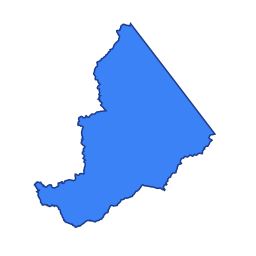 Água Azul do Norte, Pará, Brazil, rotated 276°
{"feature_id": "56859067B16314817871005", "entity_name": "Água Azul do Norte", "entity_type": "district", "adm_level": 2, "iso_a3": "BRA", "parent_name": "Brazil", "parent_adm1": "Pará", "projection": "robinson", "projection_center": [-50.563, -6.762], "detail": "fine", "context": "isolated", "style": "filled", "palette": "blue", "viewbox_px": 256, "rotation_deg": 276, "n_neighbors": 0, "source": "geoboundaries", "source_scale": "gbopen_adm2", "svg_char_len": 5589}
<svg xmlns="http://www.w3.org/2000/svg" viewBox="0 0 256 256"><g transform="rotate(276 128 128)"><path d="M114.1,84.0L113.1,83.4L111.9,84.4L111.2,83.0L109.9,83.7L109.0,83.0L108.2,83.0L107.1,83.9L105.0,87.1L104.3,87.0L102.7,85.8L100.9,85.9L100.1,86.5L99.3,85.3L98.2,85.2L97.6,85.4L96.4,87.3L95.6,87.8L94.2,87.0L93.0,86.5L92.1,88.5L91.6,89.0L91.2,88.0L89.6,87.7L89.2,88.5L88.7,89.0L86.3,89.3L85.4,89.2L84.2,88.8L82.4,88.8L81.3,88.4L80.5,88.8L77.9,88.9L77.7,87.8L77.9,86.2L77.5,84.9L76.6,84.4L75.8,83.7L75.7,82.9L76.0,82.2L76.6,81.5L76.5,80.3L74.2,80.6L72.3,81.2L71.4,81.0L70.8,80.6L70.1,79.8L69.9,79.1L70.2,78.1L70.4,75.5L70.2,74.2L69.8,73.8L69.6,72.9L68.7,70.9L68.3,70.4L67.2,70.2L66.2,69.9L66.1,68.5L66.9,68.4L67.7,68.0L67.5,67.5L66.6,66.6L66.1,64.8L65.7,64.3L64.9,64.7L64.4,64.5L63.8,64.6L63.2,65.0L60.7,61.4L60.7,59.4L61.2,58.7L62.0,58.1L63.2,57.8L63.4,57.1L63.2,55.8L62.8,55.0L62.3,54.3L60.8,53.2L60.7,52.4L60.8,51.8L61.1,51.3L61.1,50.5L61.3,49.9L62.0,50.3L63.1,48.3L64.9,46.8L64.4,45.9L64.5,45.1L64.8,44.8L64.6,43.9L64.8,43.3L64.3,42.6L63.7,42.5L62.5,41.3L61.7,40.9L61.4,41.8L60.9,41.7L60.5,42.0L60.2,42.5L59.5,42.8L58.9,43.4L58.2,43.7L57.9,44.3L57.0,44.7L57.2,45.6L56.9,46.5L56.4,46.2L55.2,43.9L53.9,45.6L52.9,45.8L52.2,45.4L50.2,46.2L49.6,47.0L48.9,47.1L47.8,48.2L45.9,48.9L45.3,48.7L43.5,50.1L43.1,50.9L42.5,50.9L42.5,51.6L42.9,51.8L42.9,52.3L43.2,52.9L43.0,53.6L43.2,55.6L42.3,55.8L42.3,57.3L41.8,57.6L41.7,58.5L42.8,60.3L43.6,60.7L42.9,61.5L42.7,62.3L43.1,62.7L42.5,63.3L43.1,63.7L43.4,64.6L43.1,65.0L42.9,65.6L42.5,65.8L41.6,67.2L41.1,67.5L40.4,67.3L39.8,67.8L39.7,68.8L39.0,69.3L37.3,69.5L36.8,69.9L35.7,70.1L35.2,70.9L34.7,71.2L32.5,72.2L32.1,72.8L31.0,73.2L30.3,73.9L29.5,73.8L29.1,74.9L28.3,75.1L28.1,75.9L27.7,76.3L27.5,78.1L27.1,78.8L26.8,80.4L26.3,81.8L26.6,82.4L26.1,83.0L25.4,83.3L24.9,85.5L23.9,85.8L23.9,86.6L24.4,87.6L24.7,88.2L25.4,88.6L25.6,89.2L25.2,89.6L25.8,91.0L27.5,92.3L27.7,92.8L29.2,94.5L30.4,95.4L30.6,95.9L31.1,96.2L31.8,97.4L31.8,98.3L32.2,100.2L31.7,100.2L31.8,100.9L31.7,101.7L31.9,102.5L31.2,104.4L31.4,105.6L32.2,105.9L32.8,108.2L33.2,108.8L34.1,109.5L34.4,110.8L35.1,111.6L35.8,111.8L37.1,112.9L37.9,112.9L39.9,113.7L40.1,114.3L41.2,114.9L41.6,115.5L41.5,116.0L41.7,116.5L42.2,116.9L42.7,116.9L43.3,117.1L43.9,116.7L45.1,117.4L47.6,118.2L49.0,118.9L49.3,119.5L49.4,120.9L48.9,121.4L49.1,122.7L49.9,125.4L50.6,125.6L51.2,125.5L52.1,126.8L52.9,127.0L53.8,128.2L55.7,128.5L56.2,130.2L56.9,131.6L57.4,131.8L57.8,132.1L58.2,133.3L58.0,133.9L59.0,136.5L59.6,137.5L60.1,137.7L60.1,138.7L60.4,139.4L61.6,140.0L62.2,139.9L62.6,140.8L65.8,142.5L65.9,143.1L66.2,143.6L66.7,144.3L67.5,144.7L68.0,145.4L70.5,146.9L71.0,146.9L72.0,147.7L72.7,147.9L73.0,148.5L72.9,149.2L72.5,149.7L72.3,150.4L72.3,152.7L72.1,156.0L71.8,157.4L72.0,158.1L71.7,160.5L71.1,162.9L71.1,164.4L71.6,166.4L70.3,169.1L70.3,170.4L69.8,170.8L70.3,171.2L70.8,171.0L72.1,169.7L72.9,169.3L73.9,169.8L74.4,169.8L74.9,170.0L75.4,170.8L75.3,172.0L75.7,172.3L76.1,172.5L77.2,171.3L77.8,171.5L79.5,173.2L80.0,172.9L81.2,172.9L82.6,173.7L83.1,174.2L83.5,175.2L83.9,175.6L84.5,175.5L85.8,175.9L87.2,176.7L88.1,177.6L88.1,179.0L88.5,180.2L89.0,180.4L90.8,180.4L91.2,180.7L92.6,181.0L93.3,181.2L94.4,181.1L95.4,181.6L96.5,181.6L97.3,182.8L97.7,184.0L98.3,184.9L98.8,184.6L99.1,184.0L99.5,183.7L101.8,183.7L102.8,184.2L103.2,184.6L103.9,186.4L104.9,186.9L105.3,187.0L105.7,187.5L105.3,189.9L105.5,190.4L107.6,192.6L107.7,193.1L107.0,194.0L106.8,194.8L106.8,195.4L107.3,196.0L108.2,196.3L108.6,196.8L108.3,197.4L108.1,198.8L108.4,199.4L109.4,199.9L110.3,201.4L110.4,202.8L110.1,203.9L110.2,204.5L110.9,204.7L112.8,204.5L115.0,206.0L115.3,206.5L115.8,206.3L116.0,205.8L117.9,207.4L118.2,209.3L119.3,209.6L120.3,210.3L123.0,211.1L123.7,212.1L124.6,212.9L125.1,212.5L125.2,211.8L125.7,210.6L126.4,209.6L127.0,209.5L127.9,209.9L129.1,210.2L129.9,211.1L130.1,212.4L131.0,215.1L178.7,170.2L232.1,119.6L229.7,119.2L230.0,117.4L229.9,116.1L230.4,114.6L230.7,112.4L228.8,110.5L227.8,110.2L226.4,110.3L226.0,109.9L225.2,109.6L224.5,109.7L223.9,108.5L223.9,107.1L223.5,106.6L222.7,106.7L221.4,107.6L220.9,108.2L219.6,108.7L218.7,110.0L218.0,110.0L215.6,109.5L214.3,109.6L210.9,106.6L209.2,105.6L206.1,104.8L204.9,104.1L204.7,103.1L203.9,101.9L203.6,102.2L202.6,102.2L202.1,101.7L201.6,100.7L201.2,100.5L200.5,100.5L199.0,99.5L198.7,98.8L198.2,98.3L197.6,98.3L196.4,97.5L196.2,96.8L195.4,96.4L194.9,95.9L194.1,94.4L192.8,94.2L192.4,93.2L191.5,92.9L190.9,91.2L190.3,90.4L189.7,90.2L188.4,91.0L187.8,90.8L186.6,91.1L185.8,90.8L185.3,89.8L184.5,89.4L183.5,89.3L182.9,88.7L181.4,88.8L178.3,88.2L177.8,88.4L176.8,89.5L175.5,90.4L174.8,90.4L174.1,90.1L173.1,90.3L172.7,90.7L172.6,92.6L172.1,93.0L170.9,93.3L169.4,94.3L169.1,95.0L168.5,95.6L168.1,95.4L167.2,94.4L166.0,93.6L165.2,93.3L164.3,93.4L163.7,93.9L163.8,95.5L162.7,95.4L161.6,95.6L160.1,96.2L158.4,95.5L157.7,95.8L157.4,96.5L157.3,97.2L156.0,96.1L155.5,95.9L155.0,96.5L153.5,95.2L153.2,95.7L153.2,96.6L152.8,97.2L152.0,96.9L151.1,98.1L150.6,99.2L150.0,99.6L149.3,99.4L148.3,98.5L147.7,98.6L145.6,101.6L145.0,101.9L144.4,102.4L143.7,103.7L142.9,104.4L142.0,100.9L141.8,99.2L141.1,97.5L140.8,95.9L140.6,95.3L139.8,94.5L138.8,93.8L138.4,93.3L138.1,91.7L138.1,90.6L137.6,90.0L136.9,89.6L135.9,88.6L134.6,87.9L134.5,87.3L134.8,86.5L135.9,85.1L135.4,84.6L134.5,84.7L133.9,84.3L133.4,82.5L134.3,81.6L134.6,80.7L134.6,80.1L133.0,78.1L131.8,77.9L129.4,78.9L128.7,77.9L126.4,77.7L125.4,78.3L125.7,79.8L124.9,80.9L125.0,81.6L124.7,82.6L124.1,83.4L123.6,83.3L122.3,82.7L118.7,82.3L115.5,83.0L114.8,83.7L114.1,84.0Z" fill="#3b82f6" stroke="#1e3a8a" stroke-width="1.5"/></g></svg>